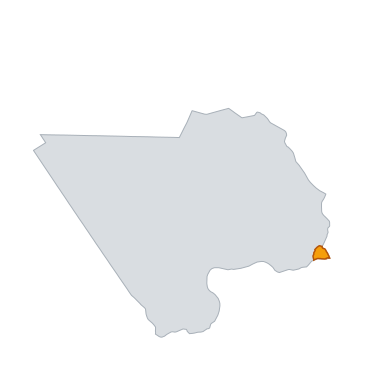 An Nuqat al Khams highlighted on a map of Libya, rotated 148°
{"feature_id": "LBY-2974", "entity_name": "An Nuqat al Khams", "entity_type": "Municipality", "adm_level": 1, "iso_a3": "LBY", "parent_name": "Libya", "parent_adm1": "", "projection": "equal_earth", "projection_center": [11.821, 32.743], "detail": "fine", "context": "in_parent", "style": "filled", "palette": "amber", "viewbox_px": 384, "rotation_deg": 148, "n_neighbors": 0, "source": "natural_earth", "source_scale": "10m", "svg_char_len": 3665}
<svg xmlns="http://www.w3.org/2000/svg" viewBox="0 0 384 384"><g transform="rotate(148 192 192)"><path d="M82.5,117.2L84.2,116.2L86.6,115.1L87.8,114.2L88.3,113.5L90.1,110.7L91.0,109.1L92.3,106.9L92.8,105.4L92.9,104.0L92.7,102.3L91.7,98.3L91.0,94.4L91.6,92.9L92.1,92.2L93.2,90.3L93.6,90.0L96.0,89.4L96.9,88.2L97.6,86.7L97.8,85.9L98.8,85.0L100.1,84.2L100.8,83.1L103.3,81.4L105.5,79.9L108.1,78.2L110.2,77.0L110.6,75.9L110.6,75.0L109.5,72.8L109.5,70.3L109.5,68.2L109.7,66.9L110.1,63.5L110.2,63.0L112.3,64.1L114.4,64.6L120.8,68.9L122.8,69.4L127.3,69.9L132.6,68.2L134.6,67.8L138.0,69.5L139.6,70.0L142.1,70.1L146.5,71.6L147.7,72.1L150.2,74.5L151.5,75.2L160.6,77.4L161.9,78.9L163.2,81.6L163.3,85.1L164.0,87.6L165.2,90.9L166.6,93.2L168.1,95.1L169.9,96.3L173.9,98.1L178.5,98.7L183.1,99.0L191.0,101.4L197.7,104.3L199.3,105.7L202.7,107.0L209.5,113.7L213.3,116.0L215.9,116.5L218.2,116.1L222.3,113.8L224.0,112.4L227.9,106.6L229.2,103.6L229.7,101.5L229.5,99.3L228.9,97.4L227.7,95.4L226.8,92.7L226.2,87.9L226.8,84.6L227.5,82.6L228.7,80.6L232.0,76.7L235.3,73.9L241.3,70.4L244.8,70.3L246.2,70.0L249.0,67.4L250.2,67.3L251.8,68.0L256.6,67.8L258.7,68.5L261.3,70.0L264.5,71.0L266.8,72.0L269.2,73.2L269.9,76.4L269.6,77.3L269.6,78.5L272.2,80.6L279.3,81.7L280.7,82.2L282.7,83.9L284.0,84.4L288.8,84.6L291.6,84.3L294.3,84.8L295.3,85.4L296.4,86.7L297.8,89.8L298.3,90.9L297.8,91.4L297.1,92.5L296.7,93.5L295.5,95.1L294.5,96.8L294.7,99.3L295.1,101.8L295.9,104.3L296.7,107.1L296.6,108.9L296.1,111.1L295.6,112.9L293.7,116.8L293.4,117.7L293.6,119.0L295.0,123.5L295.2,125.0L296.2,129.4L297.0,133.0L297.9,135.8L298.1,136.6L298.3,140.8L298.4,145.0L298.6,149.2L298.8,153.4L299.0,157.6L299.1,161.8L299.3,166.0L299.5,170.2L299.7,174.4L299.8,178.7L300.0,182.9L300.2,187.1L300.3,191.4L300.5,195.6L300.7,199.9L300.8,204.1L301.0,208.4L301.1,212.6L301.3,216.9L301.4,221.2L301.6,225.4L301.8,229.7L301.9,234.0L302.1,238.3L302.2,242.6L302.4,246.9L302.5,251.2L302.6,255.5L302.8,259.8L302.9,264.1L303.1,268.4L303.2,272.7L303.5,282.3L303.8,291.9L304.1,301.6L304.4,311.2L304.3,311.3L304.2,311.3L300.6,311.3L297.1,311.3L293.5,311.3L290.0,311.3L290.0,313.8L290.1,316.2L290.1,318.6L290.2,321.0L283.2,316.4L276.1,311.8L269.1,307.3L262.1,302.7L255.1,298.1L248.1,293.5L241.1,289.0L234.1,284.4L227.2,279.9L220.2,275.3L213.3,270.7L206.3,266.2L199.4,261.7L192.5,257.1L185.6,252.6L178.7,248.1L173.9,244.9L168.8,248.0L164.9,250.4L159.6,253.5L153.6,257.6L149.0,260.8L148.8,260.7L148.6,260.7L143.7,255.3L139.9,251.2L138.2,250.0L131.1,247.9L124.0,245.8L116.6,243.5L115.2,240.2L113.7,236.4L111.7,231.7L110.5,228.8L110.0,228.3L104.4,226.1L98.4,223.8L94.9,225.2L94.2,225.1L93.3,224.2L92.3,223.1L91.7,221.4L90.3,219.3L89.1,214.3L89.0,210.4L88.7,209.0L85.6,203.4L82.8,198.4L81.0,195.1L80.6,193.6L80.9,191.7L81.6,190.0L84.4,188.1L86.8,185.9L87.2,184.4L87.4,180.3L86.6,179.1L86.0,176.6L85.4,173.3L85.4,171.2L86.5,167.1L87.8,162.7L87.0,157.9L86.5,148.2L86.9,140.6L86.6,137.9L86.4,136.7L85.6,133.1L84.6,129.5L84.1,128.2L82.9,125.2L80.7,121.5L79.6,119.3L81.2,118.1L82.5,117.2Z" fill="#d9dde1" stroke="#a8b0b8" stroke-width="1"/><path d="M110.5,76.9L110.7,76.6L111.0,76.0L110.9,75.3L110.6,74.6L109.7,73.6L109.4,72.9L109.4,71.9L109.6,70.0L109.5,68.1L109.8,66.8L109.8,65.8L109.8,65.5L110.2,63.8L110.2,63.0L110.5,63.1L110.9,63.3L111.1,63.4L111.3,63.9L111.5,64.1L112.0,64.3L113.6,64.6L114.1,64.8L113.8,64.5L113.0,64.2L112.7,63.8L113.4,64.2L114.9,64.8L118.1,67.1L118.6,67.7L119.2,67.9L120.0,68.6L121.1,69.2L121.7,69.3L124.8,69.7L124.6,70.0L123.8,72.5L123.3,73.6L121.6,74.8L120.9,75.9L119.8,76.5L118.6,77.1L118.3,78.1L115.1,78.9L112.9,79.0L112.1,78.7L111.4,77.8L110.6,77.0L110.5,76.9Z" fill="#f59e0b" stroke="#b45309" stroke-width="1.5"/></g></svg>